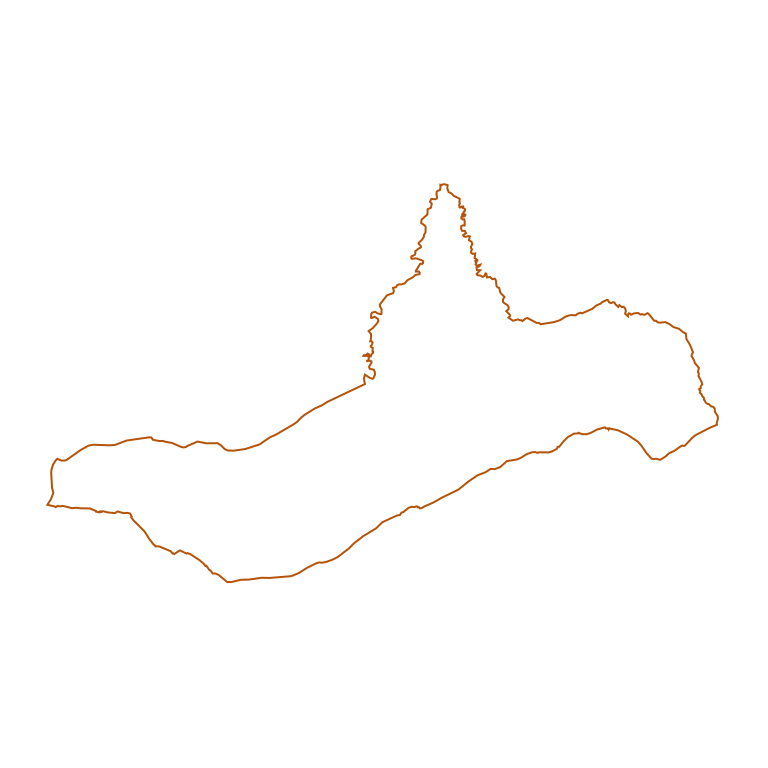 the district of Lautém, Lautém, East Timor, rotated 181°
{"feature_id": "22284137B78833871172178", "entity_name": "Lautém", "entity_type": "district", "adm_level": 2, "iso_a3": "TLS", "parent_name": "East Timor", "parent_adm1": "Lautém", "projection": "orthographic", "projection_center": [126.918, -8.447], "detail": "fine", "context": "isolated", "style": "outline", "palette": "amber", "viewbox_px": 768, "rotation_deg": 181, "n_neighbors": 0, "source": "geoboundaries", "source_scale": "gbopen_adm2", "svg_char_len": 6118}
<svg xmlns="http://www.w3.org/2000/svg" viewBox="0 0 768 768"><g transform="rotate(181 384 384)"><path d="M331.1,584.2L331.0,581.1L331.6,578.7L333.8,578.1L334.6,577.2L334.9,574.5L334.1,571.6L334.5,570.4L335.9,569.6L339.5,569.9L340.2,569.2L341.2,567.0L339.4,565.1L340.1,561.4L340.4,560.8L343.4,559.6L343.6,554.1L349.2,549.2L349.7,545.8L345.7,542.9L345.1,541.7L345.1,540.2L345.2,536.1L346.6,533.8L346.7,531.9L348.3,529.2L351.7,525.8L351.8,524.7L349.8,523.0L349.5,521.2L351.8,520.0L355.1,517.2L354.9,514.9L355.5,513.6L358.9,512.0L358.9,510.2L358.2,509.6L354.3,510.2L348.9,508.6L347.0,507.5L347.1,505.5L348.0,504.7L349.4,505.0L350.1,504.5L354.1,497.7L354.2,497.0L350.9,497.0L350.2,495.9L350.5,494.4L354.5,493.6L357.5,490.9L362.4,488.2L365.0,485.0L368.3,483.9L370.5,483.9L372.6,483.0L373.6,481.1L376.7,480.3L375.8,477.2L376.4,475.0L382.6,472.7L389.6,463.3L389.3,461.3L387.7,458.6L387.8,454.0L388.2,453.7L391.5,454.4L394.0,456.0L397.3,455.1L397.9,454.0L398.2,450.1L397.6,449.8L394.3,451.0L391.3,449.0L390.7,446.8L392.2,444.3L396.2,439.7L400.3,436.6L397.9,433.8L397.7,430.0L398.5,426.4L397.1,426.5L396.1,425.3L396.7,423.1L398.0,421.6L397.9,421.0L395.8,419.8L396.1,417.1L396.0,416.4L395.4,416.2L395.4,415.1L396.9,413.7L397.7,411.4L398.9,412.0L399.6,413.4L400.9,414.1L402.3,412.6L404.9,412.4L405.1,411.7L401.1,411.9L399.6,410.6L399.9,407.8L402.0,406.4L398.1,407.1L396.9,406.3L396.8,405.3L399.3,401.0L398.5,398.9L394.3,398.1L393.4,395.7L393.2,393.0L394.9,389.4L395.4,389.0L397.8,389.6L403.2,393.0L404.2,389.1L403.1,383.6L440.4,365.1L445.9,361.5L452.6,358.4L462.3,352.2L466.0,349.2L470.2,344.7L473.3,342.4L491.5,331.3L497.0,328.8L507.4,321.4L521.4,316.6L533.0,314.7L538.9,314.8L542.1,316.1L546.1,320.0L549.5,321.9L560.7,321.6L569.3,323.2L579.8,318.5L581.0,317.5L583.3,317.1L585.4,317.4L595.0,321.4L602.1,322.5L603.6,323.2L607.9,323.1L614.1,324.2L615.6,326.5L617.8,326.6L640.2,323.0L651.9,318.4L657.6,317.9L673.6,318.2L678.4,317.2L686.2,312.7L699.8,302.7L701.8,301.9L705.2,301.8L709.3,303.5L711.1,301.7L713.6,297.4L715.0,292.4L715.2,289.2L714.1,274.4L712.7,269.4L715.1,262.8L718.5,257.3L711.4,255.9L710.0,255.1L708.2,256.4L705.5,256.0L702.9,256.5L693.7,254.4L689.6,254.9L685.2,254.4L676.1,254.5L669.6,251.9L669.6,251.3L666.3,250.7L665.5,250.9L666.3,251.3L665.6,251.7L662.2,251.8L658.2,250.8L650.6,250.2L648.3,251.9L641.9,250.3L638.0,250.7L635.5,250.0L634.0,247.0L634.5,246.4L632.2,243.4L621.0,232.6L615.7,224.6L611.7,219.6L610.0,218.5L609.8,217.7L606.1,217.7L603.0,216.5L594.4,213.1L592.3,210.8L591.7,211.0L590.8,210.3L585.2,214.1L578.5,211.0L577.7,211.5L574.8,210.6L565.6,204.8L561.2,201.3L559.4,198.9L558.5,199.2L555.1,194.7L554.1,194.5L552.0,191.5L549.8,191.7L546.1,190.3L537.3,183.2L533.2,183.3L523.5,185.8L515.7,186.1L503.1,188.1L494.9,188.1L474.8,190.1L472.0,190.8L465.9,193.5L457.7,198.9L448.5,203.6L445.6,204.5L443.1,204.2L439.0,205.0L432.3,207.5L427.6,210.0L415.9,219.2L411.7,223.8L402.0,231.6L389.3,239.6L383.2,245.8L368.7,252.8L365.9,253.2L364.2,255.8L362.7,256.1L357.3,260.6L354.4,261.7L351.2,261.5L349.5,262.3L348.5,262.0L348.2,261.2L346.9,261.4L345.8,260.2L344.0,260.6L342.1,262.0L332.5,266.4L324.1,271.4L307.8,279.7L297.6,288.2L289.0,294.3L280.9,297.6L275.9,301.0L271.8,300.8L266.3,303.0L259.9,309.0L249.6,310.9L245.8,312.6L240.1,316.4L234.9,318.3L231.7,318.6L229.2,317.8L228.1,318.4L217.7,318.5L214.6,319.7L210.0,322.2L209.3,324.2L207.7,324.3L203.5,329.8L199.3,334.1L193.2,337.7L188.9,338.0L188.5,338.6L185.3,337.3L180.6,337.3L176.7,338.6L170.2,342.2L162.5,344.5L161.3,343.4L160.2,343.7L159.1,342.8L158.6,343.3L158.4,342.6L157.9,343.5L149.6,341.9L140.4,337.9L129.2,330.8L125.5,326.8L120.9,320.2L115.5,314.2L113.5,313.6L110.8,314.0L106.5,313.0L101.1,316.5L98.0,319.6L92.6,322.2L86.2,326.9L84.7,327.7L82.9,327.3L81.9,327.8L75.4,335.0L71.8,338.2L57.2,346.1L50.4,349.0L50.7,350.8L49.5,355.1L49.8,357.7L52.2,361.2L52.8,362.7L52.8,364.8L54.3,366.9L56.5,367.3L58.8,369.6L60.3,369.8L61.9,370.9L63.2,373.5L63.8,373.8L63.9,375.7L65.6,377.4L66.3,379.3L68.1,380.7L67.7,382.4L68.8,384.4L67.3,385.4L67.2,387.3L65.8,389.3L66.5,391.7L69.8,397.6L69.3,400.0L70.4,401.5L69.4,405.6L73.5,410.3L74.5,413.2L76.9,417.2L76.8,418.7L75.6,421.0L78.7,428.4L82.4,434.3L83.2,439.9L85.6,440.8L89.9,444.3L95.6,446.0L100.2,449.2L103.9,450.8L109.3,450.1L111.6,450.5L113.1,452.0L114.9,451.9L120.7,458.8L121.8,459.4L124.7,457.7L127.2,458.4L128.6,457.9L131.1,459.4L135.2,459.0L138.2,457.6L139.0,458.6L140.5,458.9L141.4,457.4L141.3,456.1L144.2,458.5L143.5,461.1L144.1,463.6L145.3,465.0L145.9,465.4L147.5,465.0L150.0,467.0L151.1,465.2L153.8,467.5L155.0,469.5L156.3,469.8L158.5,468.8L160.5,469.7L161.7,471.9L162.9,471.9L167.5,469.6L168.7,468.2L172.7,466.4L177.2,462.7L187.2,458.1L188.8,458.7L189.6,458.5L192.2,457.3L193.6,456.0L197.7,456.2L200.0,455.8L203.7,454.5L209.2,450.9L214.9,448.9L228.3,446.5L230.3,447.7L232.7,447.8L241.7,452.5L243.7,451.8L246.7,449.3L247.7,450.2L248.5,450.0L251.3,450.9L256.1,449.5L260.7,452.5L259.4,453.7L259.1,455.0L263.0,459.0L260.8,460.9L260.7,463.2L261.9,465.0L265.8,467.4L266.5,468.5L266.5,470.8L265.0,473.1L269.3,477.3L270.5,482.1L272.1,482.6L273.2,483.9L273.9,489.3L274.9,491.2L277.6,490.7L279.9,492.9L282.8,492.3L283.7,496.2L284.5,496.3L285.5,493.7L287.1,492.8L289.6,494.1L292.1,494.3L293.2,495.2L293.3,495.7L289.8,499.4L293.1,499.6L293.5,502.4L290.7,503.3L289.8,505.0L293.3,504.0L294.6,505.2L293.8,507.3L294.7,507.9L294.8,508.6L292.9,508.9L292.7,509.6L295.6,511.5L295.1,516.1L297.6,515.7L299.1,516.5L299.1,518.7L298.3,520.2L299.2,521.2L299.5,522.6L298.1,525.5L299.0,527.8L301.6,529.2L300.8,533.1L302.3,533.4L305.2,532.5L306.7,533.1L307.5,534.2L304.6,536.2L305.9,538.5L308.6,538.5L309.6,540.4L309.5,543.3L307.9,544.0L306.3,543.8L306.1,544.3L306.3,549.2L306.8,550.1L308.3,549.9L309.6,551.1L309.4,552.6L307.0,552.8L305.7,553.9L305.7,554.8L306.3,555.1L308.2,554.2L308.7,554.3L308.8,555.1L307.6,556.1L307.3,557.7L306.3,558.0L305.9,559.8L306.4,560.7L308.3,561.4L308.0,562.9L309.1,562.9L311.1,561.7L311.6,562.0L312.0,564.4L311.3,565.8L311.8,567.0L311.5,570.5L317.8,573.5L319.6,575.5L322.7,577.0L324.1,580.5L323.9,584.0L327.4,584.8L329.0,584.5L329.8,583.8L331.1,584.2Z" fill="none" stroke="#b45309" stroke-width="2"/></g></svg>